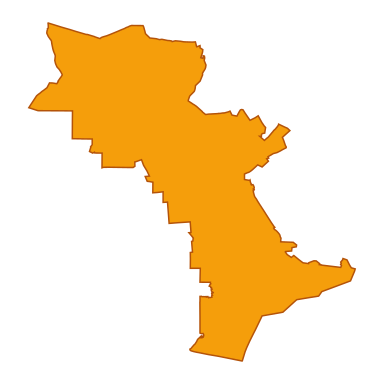 outline of Skrudalienas pag., Daugavpils, Latvia
{"feature_id": "27541924B90123945749328", "entity_name": "Skrudalienas pag.", "entity_type": "district", "adm_level": 2, "iso_a3": "LVA", "parent_name": "Latvia", "parent_adm1": "Daugavpils", "projection": "orthographic", "projection_center": [26.749, 55.754], "detail": "fine", "context": "isolated", "style": "filled", "palette": "amber", "viewbox_px": 384, "rotation_deg": 0, "n_neighbors": 0, "source": "geoboundaries", "source_scale": "gbopen_adm2", "svg_char_len": 5733}
<svg xmlns="http://www.w3.org/2000/svg" viewBox="0 0 384 384"><path d="M48.2,23.0L48.0,23.7L48.2,24.4L48.3,28.0L47.4,28.7L47.5,29.3L47.4,30.0L47.1,30.6L47.0,31.2L46.8,32.8L46.9,33.5L47.6,34.9L48.3,36.5L49.8,38.6L50.4,39.5L50.5,39.5L50.9,40.0L51.3,40.7L51.5,41.3L51.8,43.7L52.8,48.6L53.3,50.1L53.2,50.1L53.6,51.4L54.9,54.5L55.3,55.9L54.8,60.7L54.9,60.9L55.5,63.5L55.9,64.5L57.0,67.0L59.2,69.4L60.5,71.4L60.9,72.0L62.2,74.6L62.2,75.1L61.0,77.0L60.9,77.1L60.0,78.3L58.0,81.2L58.2,81.6L56.8,83.7L52.6,83.0L49.5,82.9L47.0,87.7L43.5,90.4L42.0,91.4L39.7,93.4L38.5,94.2L36.6,95.8L34.5,99.0L31.2,104.0L28.8,107.7L37.7,110.6L38.7,110.7L62.7,110.8L72.5,110.9L72.4,119.7L72.3,138.7L80.8,138.8L81.7,138.9L82.2,138.9L92.2,139.0L92.2,145.0L92.3,145.0L91.9,145.2L91.6,145.5L91.2,146.0L90.6,146.9L90.8,147.2L89.5,151.5L92.7,153.1L94.5,152.2L94.8,153.0L102.1,153.1L102.0,167.8L103.6,167.3L106.5,167.3L106.5,167.2L128.1,167.5L133.1,167.5L134.9,166.3L134.8,162.0L135.0,162.0L141.5,159.7L143.6,165.4L147.0,171.0L148.7,174.6L149.4,176.1L145.2,176.5L147.2,181.3L149.7,181.6L152.9,182.2L152.8,192.8L157.0,192.5L163.1,191.8L163.1,202.4L167.5,202.1L167.6,203.4L168.4,213.9L169.1,223.4L178.0,222.7L190.2,221.9L191.0,232.5L188.9,232.7L191.6,235.9L193.3,238.1L193.1,238.4L193.0,239.9L192.8,241.1L191.6,241.4L192.5,252.1L190.3,252.5L190.4,258.9L190.3,268.3L200.3,268.3L200.0,282.2L210.4,282.3L210.3,283.0L210.8,283.8L209.9,284.8L209.4,285.7L209.2,286.1L210.5,286.6L210.6,287.1L210.7,287.4L211.4,287.6L211.6,288.0L211.3,288.5L212.0,289.2L211.2,289.7L211.4,290.9L212.2,291.9L213.2,292.5L212.9,293.0L212.3,293.1L211.8,292.9L211.6,293.2L211.8,294.2L212.5,295.3L212.2,295.5L211.8,295.6L211.7,295.8L211.9,297.2L210.5,297.5L209.6,297.5L209.0,297.3L208.7,297.7L208.1,297.2L207.8,296.6L207.4,296.9L206.7,296.6L206.3,297.1L205.5,296.6L204.3,296.7L203.2,296.6L202.0,296.7L201.4,296.3L200.0,296.4L200.0,301.2L199.9,302.2L200.0,317.2L200.0,320.7L200.0,324.7L200.0,328.4L200.0,333.1L200.8,333.4L201.5,333.7L203.1,333.5L203.7,334.8L203.7,335.8L203.2,337.2L202.3,337.6L202.1,337.7L200.7,337.8L200.5,337.6L200.6,337.2L200.9,337.0L201.0,336.9L201.3,336.7L201.3,336.4L201.4,336.2L201.7,336.1L202.0,336.3L202.2,336.2L202.0,335.9L201.8,335.8L200.8,336.3L200.2,337.0L198.4,338.7L198.0,339.0L197.2,340.2L197.0,340.8L196.4,341.9L194.9,344.2L194.2,344.7L193.5,345.5L192.1,347.1L191.2,348.3L190.5,348.8L189.9,349.1L190.0,350.0L191.0,350.8L193.8,351.6L196.9,352.3L198.7,352.6L208.6,354.6L217.5,356.1L242.0,361.0L242.3,360.9L245.1,351.7L245.3,351.2L246.7,347.7L249.7,341.1L253.4,333.7L254.0,332.5L255.2,330.2L262.1,315.9L282.9,312.2L293.7,302.4L296.7,299.7L308.0,297.8L316.3,296.5L318.6,296.1L318.8,295.9L319.1,295.5L321.8,291.6L350.5,280.9L354.6,271.1L355.2,268.9L351.3,267.8L349.6,265.1L347.0,259.9L343.0,258.5L342.5,260.0L340.7,262.1L341.3,263.4L340.6,264.4L341.5,265.6L340.7,267.4L321.4,265.1L321.4,264.9L319.3,264.6L319.7,263.7L316.2,260.9L313.9,260.8L308.8,262.7L308.6,263.6L303.0,262.8L299.3,260.0L293.8,255.5L291.3,257.4L287.2,254.6L285.3,251.9L285.6,251.5L291.6,251.0L292.0,247.6L296.3,246.8L296.6,245.0L293.2,242.3L285.4,242.0L280.7,241.8L280.8,239.8L280.9,238.9L281.0,238.2L280.4,237.0L280.2,236.6L280.0,235.5L279.7,234.7L279.3,234.1L278.9,233.6L278.2,232.7L276.8,231.2L275.8,230.3L274.4,229.4L274.0,228.5L273.7,228.1L274.8,227.3L274.2,226.8L273.2,225.3L271.4,222.7L265.9,214.1L264.6,212.0L261.6,207.4L258.6,202.8L258.6,202.7L257.6,201.2L256.5,199.2L255.0,197.1L254.6,196.4L254.1,194.8L253.4,192.1L253.5,191.9L253.3,191.3L253.2,190.6L254.0,190.1L254.3,189.7L254.2,189.5L254.0,189.2L254.0,188.9L252.6,189.2L254.0,188.7L254.1,188.2L254.2,187.3L253.5,185.5L252.9,184.6L251.4,184.9L251.1,184.4L251.2,183.8L250.8,183.1L250.5,182.4L250.0,180.0L249.6,180.4L246.1,179.8L244.5,179.5L244.5,174.6L244.5,174.0L247.7,172.6L248.3,172.5L249.0,172.2L250.6,171.2L252.5,169.7L257.7,164.9L262.1,167.0L268.4,161.2L266.7,158.7L268.7,158.1L268.5,157.7L268.0,156.7L273.1,153.7L273.6,153.5L277.0,152.6L280.4,150.9L282.6,149.6L286.1,147.8L286.2,147.5L286.1,147.4L286.2,146.9L286.0,146.5L285.4,145.5L283.6,140.2L282.4,137.3L289.9,130.6L287.5,128.3L284.6,127.0L278.7,124.2L278.7,124.6L278.2,125.2L278.1,125.6L277.4,126.5L277.0,127.1L276.5,127.6L275.6,128.8L275.3,129.0L275.0,129.4L274.6,129.8L274.1,130.1L273.1,131.3L272.8,131.8L272.2,132.4L268.2,137.2L267.1,138.0L264.4,140.4L259.7,136.3L261.4,136.3L261.5,134.5L262.3,133.6L264.7,133.1L265.0,131.1L265.6,127.5L264.0,125.7L263.1,124.3L261.9,122.6L258.2,115.8L255.1,117.8L250.0,120.3L248.7,118.4L245.0,113.0L243.0,109.8L241.7,109.5L240.4,109.9L239.2,111.8L236.9,116.1L232.0,115.1L230.0,111.1L228.6,111.8L223.7,113.1L223.3,112.9L220.2,113.4L218.9,113.4L218.9,113.5L216.2,113.7L208.7,114.1L205.6,114.5L202.3,111.9L202.3,111.6L196.4,106.3L193.9,104.6L193.3,104.3L188.2,100.9L188.3,100.1L188.6,99.2L189.4,96.9L189.6,96.4L190.0,95.7L193.7,92.0L194.4,91.1L194.5,90.9L195.0,89.2L195.2,88.2L195.5,85.5L195.7,85.4L199.8,81.4L200.1,81.1L200.2,80.9L202.6,74.9L202.5,73.2L205.3,68.6L205.4,68.1L205.8,66.8L205.8,66.7L205.7,66.3L205.8,66.0L206.0,65.1L205.9,64.8L204.2,60.6L204.7,58.0L204.7,57.8L204.4,56.1L203.3,55.8L202.9,58.3L200.8,57.7L202.1,53.8L202.6,51.9L202.8,49.6L200.0,47.8L200.1,46.8L200.0,45.6L196.8,46.8L196.5,46.3L195.4,41.9L192.3,42.1L185.2,41.9L183.7,41.8L180.8,41.3L175.4,40.8L172.1,41.6L171.6,41.0L169.5,40.6L167.7,40.5L161.9,39.3L159.4,39.6L156.2,38.7L149.8,38.0L148.8,36.9L147.0,35.2L145.8,34.0L145.6,33.8L145.4,33.5L145.0,31.7L143.7,27.0L143.0,25.6L131.5,25.5L129.3,26.2L128.6,26.7L126.1,27.6L125.1,28.2L123.6,28.9L121.7,29.6L117.8,31.3L110.3,34.4L106.7,35.8L103.2,36.8L101.3,37.5L100.0,38.6L95.3,37.0L94.5,36.6L87.5,34.5L86.6,34.4L86.3,34.5L83.3,33.6L75.4,31.3L70.4,29.7L61.7,27.2L48.2,23.0Z" fill="#f59e0b" stroke="#b45309" stroke-width="1.5"/></svg>